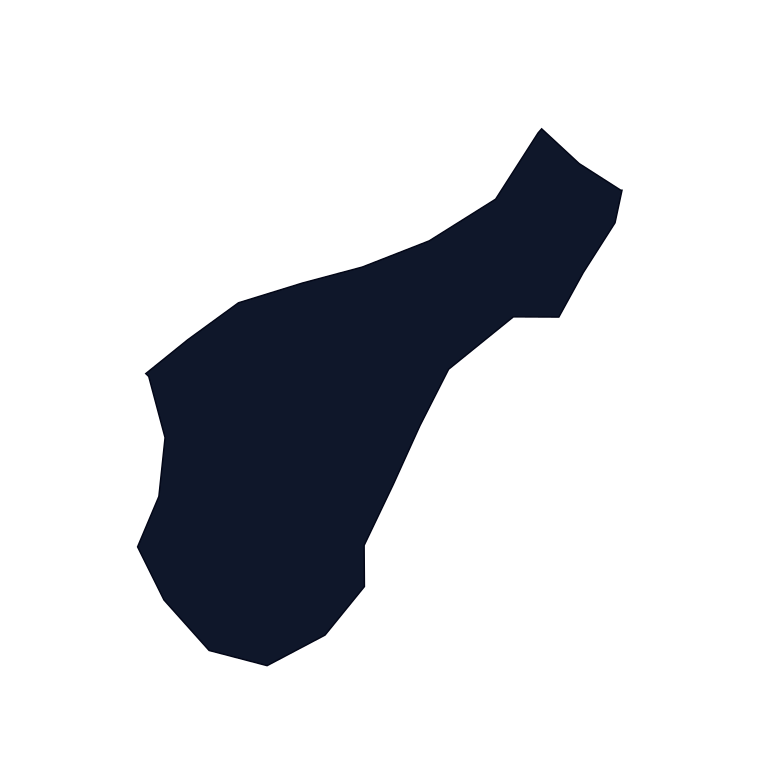 Sölvesborg, Blekinge, Sweden (orthographic projection), rotated 51°
{"feature_id": "70781695B90758337491220", "entity_name": "Sölvesborg", "entity_type": "district", "adm_level": 2, "iso_a3": "SWE", "parent_name": "Sweden", "parent_adm1": "Blekinge", "projection": "orthographic", "projection_center": [14.651, 56.115], "detail": "fine", "context": "isolated", "style": "filled", "palette": "ink", "viewbox_px": 768, "rotation_deg": 51, "n_neighbors": 0, "source": "geoboundaries", "source_scale": "gbopen_adm2", "svg_char_len": 527}
<svg xmlns="http://www.w3.org/2000/svg" viewBox="0 0 768 768"><g transform="rotate(51 384 384)"><path d="M226.0,562.6L230.1,562.1L287.9,587.9L329.7,629.7L355.5,678.0L413.4,690.9L481.0,687.6L529.3,652.1L542.0,587.8L529.1,526.7L496.9,501.0L467.9,440.0L439.0,382.3L413.2,324.5L413.2,241.2L442.0,206.0L422.8,159.0L404.1,103.0L383.2,77.1L382.3,78.1L335.6,93.6L284.9,100.9L285.8,106.1L310.6,180.9L301.2,258.8L279.4,327.4L254.3,383.6L229.3,446.0L226.1,508.5L226.0,562.6Z" fill="#0f172a" stroke="#020617" stroke-width="1.5"/></g></svg>